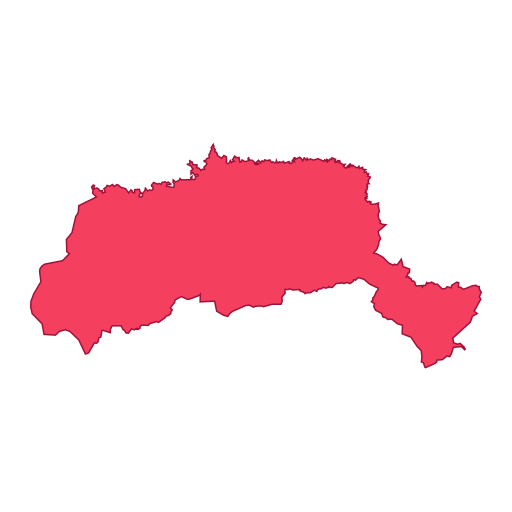 outline of Amatepec, México, Mexico
{"feature_id": "50627088B36685248092481", "entity_name": "Amatepec", "entity_type": "district", "adm_level": 2, "iso_a3": "MEX", "parent_name": "Mexico", "parent_adm1": "México", "projection": "orthographic", "projection_center": [-100.221, 18.699], "detail": "fine", "context": "isolated", "style": "filled", "palette": "rose", "viewbox_px": 512, "rotation_deg": 0, "n_neighbors": 0, "source": "geoboundaries", "source_scale": "gbopen_adm2", "svg_char_len": 6090}
<svg xmlns="http://www.w3.org/2000/svg" viewBox="0 0 512 512"><path d="M357.6,167.7L355.8,167.4L352.8,165.2L352.1,166.2L350.2,163.9L347.8,165.9L350.2,165.9L350.3,166.5L348.7,167.4L347.9,166.8L345.8,168.2L343.6,166.4L345.1,164.4L343.1,164.6L340.0,162.7L339.3,163.0L339.1,161.9L340.0,161.2L339.4,160.6L337.4,160.6L337.1,162.1L335.3,162.5L334.9,162.1L335.6,161.2L334.7,160.3L335.5,159.2L332.0,157.8L331.8,159.5L330.0,159.0L329.4,160.6L326.7,159.4L326.5,160.6L328.0,161.0L327.4,162.0L324.7,159.8L324.0,161.3L318.0,158.7L313.6,160.1L310.5,158.9L308.2,159.8L307.1,158.3L306.4,160.1L304.2,157.8L302.6,160.8L301.0,158.2L299.5,157.3L295.0,159.4L295.1,157.9L294.3,157.7L293.1,159.4L294.4,161.5L292.3,160.8L292.5,162.5L290.4,163.6L289.2,163.1L289.7,162.1L289.1,161.6L284.7,163.0L283.9,162.8L283.6,161.4L281.3,162.5L279.2,161.7L278.3,163.0L277.2,162.4L276.4,160.5L275.9,162.8L274.4,162.8L273.1,161.8L271.6,162.5L269.8,159.9L267.6,160.6L264.6,159.9L263.8,161.7L262.1,160.8L260.9,162.6L258.5,160.3L255.7,162.8L255.9,163.5L258.9,163.7L257.2,164.7L254.7,164.1L254.4,162.1L252.1,160.2L249.4,160.1L248.6,157.8L248.0,158.3L248.4,160.6L247.8,161.1L244.7,161.5L242.1,159.9L240.9,162.0L239.9,162.3L239.0,157.4L237.0,157.8L234.6,156.1L232.6,159.6L234.3,161.3L232.6,161.5L231.6,162.6L230.4,160.5L228.8,163.3L227.2,163.6L226.1,162.1L226.7,161.0L226.3,156.8L223.9,155.5L221.7,158.3L217.6,155.6L216.6,152.3L214.7,151.7L215.2,149.4L213.5,147.5L213.9,146.3L213.2,144.4L211.1,147.9L211.9,149.7L210.5,151.0L210.0,153.4L208.9,154.6L209.3,157.7L206.7,158.6L205.8,160.4L204.1,160.6L204.3,161.7L205.5,161.6L206.7,163.3L206.5,164.6L203.9,167.2L204.7,169.3L202.3,169.3L200.9,170.5L199.1,168.2L196.6,167.7L197.1,165.0L192.8,164.5L192.1,161.9L190.4,161.4L189.6,160.0L190.1,163.0L188.2,164.4L186.7,164.0L191.4,166.4L191.9,167.9L193.0,168.5L193.0,169.6L191.0,170.6L191.0,174.1L192.8,172.5L195.0,175.5L195.2,174.7L197.4,174.2L198.1,174.7L198.0,176.0L195.4,176.4L195.5,178.4L194.6,179.5L191.6,179.4L192.0,176.4L190.6,177.5L191.2,179.1L190.7,179.7L181.5,179.9L180.0,178.5L179.4,180.1L175.7,182.0L173.2,179.9L173.0,182.2L174.2,184.0L174.0,187.0L172.2,187.4L166.3,186.2L166.9,184.6L169.8,184.8L170.9,184.1L168.2,182.0L166.6,182.9L165.2,181.8L162.0,182.4L160.9,184.4L159.4,183.5L157.3,184.1L153.7,182.4L151.5,185.1L151.6,186.3L153.1,187.0L152.8,189.5L151.6,190.4L149.6,189.9L147.7,190.9L145.4,188.2L144.8,190.8L142.3,193.7L142.5,196.1L140.5,197.2L139.0,196.4L140.1,193.7L141.5,193.2L140.1,191.9L139.4,189.3L134.8,189.6L134.5,192.8L132.4,192.3L132.3,191.0L130.9,189.9L128.7,193.0L125.7,188.8L120.4,187.1L118.4,185.1L116.8,184.6L114.2,186.5L112.5,184.5L109.7,186.2L107.1,185.4L106.2,187.1L103.9,188.7L105.3,192.2L102.4,193.0L102.3,190.6L99.7,190.9L98.6,189.0L96.9,188.0L93.5,188.9L94.5,185.5L93.1,185.1L91.6,187.1L93.1,190.6L92.6,193.1L96.4,197.0L78.7,205.7L78.5,210.6L77.7,213.7L75.8,216.3L72.0,232.6L66.4,239.5L66.8,251.7L69.4,253.7L62.5,260.7L45.0,264.1L42.1,265.8L40.0,268.8L39.6,271.2L40.9,281.7L33.7,294.0L31.0,301.1L30.7,307.1L32.2,313.7L42.1,323.8L44.0,334.4L55.5,335.1L59.5,331.3L65.3,329.8L69.8,331.3L78.8,339.9L85.4,354.0L88.6,353.0L93.8,343.8L95.0,342.7L96.1,343.3L97.7,342.5L99.0,337.7L100.8,337.1L101.9,330.8L103.0,330.3L110.3,332.7L110.4,329.4L111.7,326.4L113.1,325.8L121.2,325.9L123.1,329.7L124.2,330.1L126.0,332.9L128.2,333.3L131.6,328.9L134.5,329.8L136.7,328.2L137.4,328.7L137.0,329.3L138.4,329.3L140.0,328.2L139.8,327.2L141.6,325.1L148.3,325.4L150.0,323.5L156.8,321.6L158.5,322.4L165.1,317.7L166.5,315.8L168.3,315.5L170.8,313.6L170.9,311.9L172.2,309.9L170.3,307.9L174.8,302.1L174.8,300.1L181.3,296.6L187.5,299.3L189.6,299.1L199.4,295.4L200.3,294.3L200.1,301.9L214.6,301.1L216.7,311.2L223.5,315.2L227.7,316.4L230.6,312.7L233.0,311.1L245.5,305.6L249.1,305.1L253.5,307.2L254.9,306.3L260.7,305.9L263.4,306.7L272.0,304.3L281.1,304.2L282.2,301.1L281.9,297.1L285.1,293.3L284.9,289.4L287.9,289.6L289.5,288.8L293.0,290.0L299.7,289.5L299.6,290.6L304.3,292.6L305.1,293.7L306.4,292.8L310.2,292.8L314.4,290.2L316.7,291.4L318.2,289.1L321.0,288.9L323.4,287.4L325.5,288.1L328.3,287.5L328.8,286.5L330.1,287.4L332.4,287.4L336.0,283.6L342.7,282.9L343.8,283.6L347.1,282.5L350.0,283.6L353.3,281.2L353.7,279.7L355.6,280.2L358.2,277.6L364.0,279.3L369.6,284.1L378.2,288.2L378.2,289.4L376.2,292.0L374.1,296.8L372.8,297.8L372.7,300.1L371.4,301.7L374.4,303.5L373.8,306.8L375.6,310.3L381.7,313.4L382.8,316.9L385.8,317.8L387.8,319.5L391.8,319.1L397.3,323.7L402.5,325.3L402.2,333.8L411.0,337.2L417.2,346.5L421.2,350.6L421.9,356.6L421.4,362.0L423.4,362.7L424.9,367.2L425.6,367.6L434.4,363.7L436.7,362.2L436.9,360.1L442.3,359.7L447.2,355.9L449.7,356.7L451.5,353.5L453.4,347.3L461.4,346.6L464.6,349.7L465.3,349.3L464.0,347.0L460.2,343.4L457.5,344.2L453.6,342.8L452.8,338.1L470.4,322.1L472.4,316.2L477.2,313.6L474.2,311.2L480.8,299.1L479.3,296.9L481.3,292.2L479.3,289.2L479.2,286.5L477.0,286.3L476.1,285.3L472.6,285.7L463.6,289.3L460.3,287.2L458.4,287.1L458.7,282.6L456.7,282.2L451.6,285.4L451.3,287.8L447.1,286.7L445.6,288.4L442.3,289.0L437.3,284.1L434.4,284.4L434.2,283.4L431.4,282.1L430.7,283.0L428.9,282.8L427.8,283.6L426.7,282.5L425.6,285.4L423.3,285.4L422.5,287.0L421.9,285.6L416.5,285.9L415.5,285.2L414.8,282.2L413.6,281.0L411.9,281.1L410.9,278.4L409.2,278.1L408.8,276.8L406.2,276.9L407.9,274.2L407.9,273.0L409.3,272.7L409.7,269.1L403.1,266.6L401.3,259.2L397.2,264.9L394.4,264.2L393.5,265.3L388.8,263.1L382.9,257.2L376.8,253.8L373.6,253.0L376.8,249.3L378.8,244.1L378.8,241.9L380.6,238.7L378.5,233.7L378.4,231.2L385.9,224.7L382.3,224.3L379.8,222.9L380.5,221.0L378.9,219.2L378.1,214.5L379.4,211.5L378.2,205.7L378.5,203.0L373.8,204.3L370.6,204.1L370.1,203.2L371.1,202.1L369.0,201.2L367.6,202.0L365.0,198.9L365.2,198.2L367.5,198.5L365.7,197.3L367.2,196.5L366.5,195.0L367.2,194.0L365.3,192.7L366.3,191.9L365.6,190.3L367.0,189.7L367.4,187.2L366.9,186.7L367.6,186.3L366.9,185.3L367.6,183.9L369.1,183.7L368.2,182.9L368.3,180.1L370.3,177.5L369.9,176.7L367.7,176.2L368.6,173.6L367.2,174.0L366.2,171.9L364.3,172.5L364.5,170.6L365.7,169.6L362.7,169.2L362.6,167.3L359.6,168.5L358.9,166.2L357.6,167.7Z" fill="#f43f5e" stroke="#9f1239" stroke-width="1.5"/></svg>